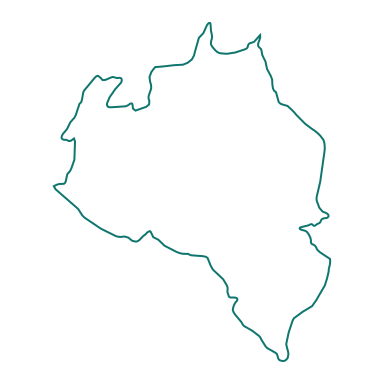 the border of Portuguesa
{"feature_id": "VEN-35", "entity_name": "Portuguesa", "entity_type": "State", "adm_level": 1, "iso_a3": "VEN", "parent_name": "Venezuela", "parent_adm1": "", "projection": "robinson", "projection_center": [-69.276, 8.978], "detail": "fine", "context": "isolated", "style": "outline", "palette": "teal", "viewbox_px": 384, "rotation_deg": 0, "n_neighbors": 0, "source": "natural_earth", "source_scale": "10m", "svg_char_len": 4022}
<svg xmlns="http://www.w3.org/2000/svg" viewBox="0 0 384 384"><path d="M260.1,35.1L260.2,37.7L258.1,43.7L258.1,45.7L258.8,46.9L261.0,49.1L261.5,50.6L262.3,55.1L265.5,61.6L267.0,68.8L270.8,76.0L272.1,79.4L272.4,84.9L273.0,88.4L274.1,90.8L276.0,92.2L278.7,102.0L280.4,103.7L283.4,104.8L287.5,105.9L291.4,109.5L294.1,112.2L296.0,114.5L299.7,118.3L305.3,123.9L311.1,128.3L314.8,130.8L318.2,133.6L320.6,136.1L323.6,140.2L324.5,143.8L324.8,148.5L324.3,152.9L320.2,181.8L317.5,193.4L316.8,196.4L316.5,198.4L316.8,201.0L319.3,207.7L322.3,211.3L323.4,212.0L325.3,212.6L326.9,213.5L327.6,214.0L328.2,214.7L328.5,215.5L328.5,216.4L327.8,217.3L327.2,217.8L323.7,218.4L322.3,218.9L321.7,219.4L321.1,220.2L320.4,222.0L319.8,222.7L319.1,223.2L317.4,224.0L316.6,224.4L315.3,225.5L314.5,225.8L313.7,225.7L313.0,225.2L312.4,224.6L311.8,224.2L311.0,224.2L310.1,224.5L308.6,225.3L301.8,227.0L300.0,227.6L299.7,228.3L299.9,229.0L301.6,229.9L304.2,230.5L305.1,230.8L306.7,231.7L307.6,232.8L308.7,234.3L310.3,237.5L310.8,239.5L311.0,241.2L310.9,242.4L311.3,243.4L312.0,244.1L313.5,244.7L314.8,245.5L316.1,247.3L317.2,249.7L320.0,252.3L330.0,258.9L330.2,261.5L329.8,265.1L328.9,268.4L328.8,269.4L328.6,271.8L327.1,278.2L324.9,285.3L316.2,300.3L312.0,306.2L302.7,311.8L294.1,318.1L293.3,319.3L292.5,320.9L288.7,332.4L286.3,343.7L286.4,345.3L288.2,352.2L288.4,354.5L287.6,358.1L286.4,359.5L285.8,360.0L285.0,360.6L284.1,360.9L283.0,361.0L282.0,360.9L280.0,360.4L279.2,359.8L278.5,359.0L278.0,357.7L277.4,355.3L276.9,354.1L275.8,353.0L267.9,348.5L266.8,347.7L265.7,346.5L261.9,340.5L260.1,337.2L259.2,336.1L252.5,330.9L244.5,326.3L243.7,325.7L242.9,324.8L241.4,322.1L234.9,314.3L233.5,312.0L232.8,310.1L232.9,308.9L233.4,306.8L234.1,304.9L235.0,303.2L235.5,302.4L236.7,301.1L237.2,300.3L237.4,299.4L237.2,298.6L236.3,297.9L234.5,297.5L230.7,297.5L229.7,297.2L228.9,296.6L228.1,294.0L227.5,292.5L227.4,291.3L227.6,289.1L227.6,288.0L227.4,286.9L226.7,285.2L223.3,279.5L222.7,278.8L213.6,270.3L212.4,268.8L210.6,265.5L207.7,258.2L206.7,257.3L205.3,256.6L202.2,256.1L191.2,255.3L189.3,254.6L188.3,253.9L182.8,253.8L180.0,253.2L176.7,252.0L164.5,245.7L158.3,239.7L153.3,237.2L150.8,232.0L149.8,231.1L147.9,232.0L146.9,232.8L145.4,234.4L143.2,236.1L139.4,240.0L138.0,241.0L137.0,241.4L135.7,241.6L132.2,240.8L128.3,237.6L124.4,236.5L120.2,237.0L117.1,236.5L116.1,236.2L100.9,228.7L84.5,217.6L82.3,215.4L78.1,208.9L55.6,189.3L53.8,186.2L56.4,184.9L58.4,184.2L59.4,184.0L63.9,183.8L64.9,183.0L65.7,181.6L66.9,175.9L67.4,174.1L70.1,171.0L71.4,168.2L74.4,159.7L75.0,141.5L74.0,138.5L71.1,140.6L70.2,140.9L69.3,141.1L68.5,140.9L66.9,140.1L66.0,139.8L64.0,139.8L63.1,139.5L62.3,139.1L61.8,138.4L61.5,137.4L61.9,135.9L62.7,134.2L67.0,129.1L70.4,122.2L73.3,118.9L74.1,118.2L75.8,115.0L79.5,103.8L81.2,102.2L82.0,99.6L83.0,93.7L83.5,91.8L84.0,90.7L94.9,77.6L96.5,76.2L97.8,75.8L98.6,76.2L100.0,77.3L101.2,78.5L101.7,79.1L102.5,80.0L103.7,80.1L105.4,79.9L111.0,77.5L112.5,77.0L113.5,77.1L115.3,77.6L116.4,77.9L117.7,78.0L119.5,77.8L120.7,78.1L121.5,78.7L121.7,79.7L121.7,80.7L121.5,81.7L121.1,82.6L115.1,89.3L112.0,93.9L110.9,95.3L109.4,97.7L107.1,103.2L107.0,104.4L107.1,105.5L108.0,106.8L109.4,107.2L110.7,107.3L125.8,106.3L128.3,105.1L129.9,103.9L131.0,103.4L131.9,103.5L132.4,104.2L132.6,105.2L132.7,106.4L133.0,108.6L135.5,110.6L146.3,106.8L149.0,104.5L149.2,103.3L149.3,102.1L149.3,100.8L149.0,99.8L148.7,98.9L148.5,97.5L148.7,95.8L151.0,89.1L151.2,88.1L151.1,85.8L151.0,84.7L150.1,81.7L149.8,79.3L149.5,76.9L151.4,72.0L153.1,69.6L155.2,67.1L160.3,66.7L165.4,66.2L174.0,65.2L182.9,64.7L187.6,62.8L191.9,59.4L194.0,55.5L194.9,51.9L198.9,37.8L203.4,33.1L206.8,25.5L207.9,23.9L209.0,23.0L210.0,23.0L210.5,23.8L211.0,30.9L211.9,35.2L212.1,37.4L211.9,38.4L211.3,40.4L210.9,42.7L210.9,43.9L211.5,45.5L212.7,47.3L215.5,50.5L217.1,51.9L218.5,52.7L220.4,53.3L226.9,53.8L235.3,52.5L245.3,49.2L246.1,48.8L246.8,48.3L247.4,47.5L247.8,46.6L248.0,45.5L248.5,44.4L249.3,43.5L253.7,42.0L254.4,41.5L260.0,35.2L260.1,35.1Z" fill="none" stroke="#0f766e" stroke-width="2"/></svg>